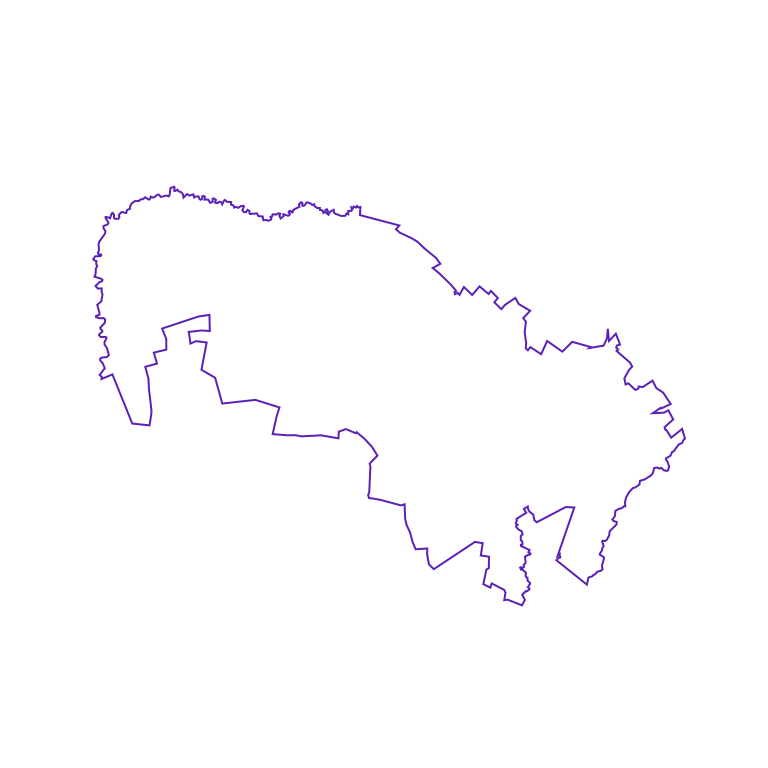 Dr Ruth Segomotsi Mompati, North West, South Africa (Mercator projection), rotated 339°
{"feature_id": "47623444B1265322146951", "entity_name": "Dr Ruth Segomotsi Mompati", "entity_type": "district", "adm_level": 2, "iso_a3": "ZAF", "parent_name": "South Africa", "parent_adm1": "North West", "projection": "mercator", "projection_center": [24.344, -26.693], "detail": "fine", "context": "isolated", "style": "outline", "palette": "violet", "viewbox_px": 768, "rotation_deg": 339, "n_neighbors": 0, "source": "geoboundaries", "source_scale": "gbopen_adm2", "svg_char_len": 6166}
<svg xmlns="http://www.w3.org/2000/svg" viewBox="0 0 768 768"><g transform="rotate(339 384 384)"><path d="M618.5,431.8L618.5,420.1L609.5,424.5L612.7,412.7L608.5,421.4L602.7,426.9L588.7,424.0L590.2,423.5L574.8,412.1L562.1,417.7L551.7,402.3L541.4,412.5L533.9,402.0L530.4,404.1L529.2,401.4L531.4,396.8L533.8,386.2L538.8,376.7L537.6,372.4L546.7,368.0L538.5,357.7L537.4,350.7L525.3,353.5L520.4,356.2L516.3,347.3L521.1,344.5L517.1,335.4L513.9,337.5L508.2,327.1L498.2,332.5L493.4,322.1L486.4,327.8L485.5,325.3L482.4,325.6L482.8,323.4L484.7,322.9L482.1,315.4L475.1,300.2L471.0,293.2L479.7,292.0L477.6,284.6L470.8,272.8L466.1,263.0L462.2,258.0L453.0,248.4L450.6,243.9L455.1,241.5L422.1,217.7L425.4,210.3L423.2,209.9L422.6,208.2L421.2,209.2L419.3,207.5L418.2,208.7L416.9,207.4L416.3,210.3L415.3,210.6L412.6,209.7L411.5,212.7L410.2,211.3L408.3,213.1L404.3,211.8L399.1,207.1L398.8,205.8L399.4,203.3L395.2,203.9L392.8,206.1L391.6,203.9L393.6,202.5L393.2,200.3L391.6,200.7L390.2,202.5L388.7,202.6L388.7,199.8L386.5,198.5L387.2,196.7L384.7,195.8L383.1,193.3L383.1,191.1L381.2,191.2L380.0,189.0L377.4,186.8L376.2,187.0L374.0,188.8L372.1,188.6L371.7,187.8L372.7,185.9L371.7,184.6L369.0,185.7L368.7,188.2L363.1,188.7L361.2,189.5L360.1,191.0L359.3,190.6L358.7,188.7L357.1,188.8L356.5,189.5L357.0,191.9L355.6,192.6L354.5,192.4L350.9,189.4L350.3,191.3L346.9,192.5L346.5,189.4L348.0,188.4L348.0,187.6L346.6,186.8L343.4,187.1L341.6,185.8L340.5,185.9L339.7,187.4L338.0,187.3L338.2,189.2L337.2,190.1L334.4,190.1L332.7,188.5L330.4,188.1L330.0,187.2L330.8,184.2L326.9,182.2L326.4,179.1L319.8,177.3L319.6,176.2L320.4,174.4L319.1,172.5L316.7,174.2L314.7,173.2L314.1,171.0L316.8,168.1L316.8,167.4L314.4,166.6L311.0,167.3L309.5,165.7L307.3,165.6L307.4,163.2L305.4,161.7L306.5,159.4L302.5,157.5L301.7,155.3L300.6,155.3L297.4,158.2L297.3,156.2L296.4,155.2L295.3,154.8L293.6,155.5L291.5,154.5L291.7,153.3L293.1,151.9L291.8,149.8L290.3,149.7L289.4,152.5L286.7,152.6L286.0,148.9L282.5,147.5L283.9,145.1L283.2,144.0L281.7,143.6L280.4,146.0L278.9,146.3L278.1,145.4L278.1,142.5L275.3,141.5L273.6,141.8L274.0,138.7L269.8,138.3L268.2,136.1L263.6,138.1L264.3,134.6L263.3,132.1L261.5,130.7L260.7,128.5L258.5,129.0L257.4,128.4L259.0,125.2L258.7,124.6L254.8,124.6L251.7,130.5L250.2,131.7L248.5,130.1L242.7,129.4L241.7,126.6L240.6,126.1L235.5,127.4L233.4,125.5L232.2,127.2L230.7,127.7L227.9,124.1L225.0,125.1L223.0,124.4L220.8,125.3L217.1,124.0L213.1,125.0L210.8,127.0L209.5,129.5L206.7,129.4L204.5,132.0L201.0,129.5L200.0,129.6L196.9,131.3L196.8,133.3L195.3,134.6L192.2,133.5L191.4,132.2L192.6,129.4L192.0,127.0L190.9,127.2L187.6,131.1L185.3,128.9L183.9,128.4L183.5,129.6L184.6,134.1L184.3,135.3L183.0,136.0L178.9,136.0L178.0,137.4L178.6,141.6L177.6,143.5L169.2,149.1L167.7,151.0L165.9,156.9L163.8,159.3L164.2,160.9L166.2,161.6L166.2,162.6L165.1,163.0L160.2,161.3L157.3,163.2L157.6,164.4L159.6,166.3L158.3,168.8L158.5,171.1L156.3,173.1L154.1,178.1L152.1,180.0L157.5,184.2L158.5,185.9L157.6,187.0L154.8,186.9L149.8,189.1L151.1,192.4L154.7,193.6L153.3,197.2L153.3,199.6L149.7,205.5L144.7,207.3L143.8,216.0L143.1,217.4L139.7,217.2L139.1,218.3L141.8,220.6L146.0,222.1L146.8,223.9L145.2,226.9L139.3,229.7L139.1,230.8L140.1,233.3L139.6,234.3L136.2,235.4L135.4,236.4L136.4,238.7L140.7,240.1L141.5,240.9L141.3,241.8L138.1,244.7L137.3,246.7L138.2,251.4L137.5,258.5L134.8,259.5L129.9,258.2L128.3,258.4L127.5,260.4L128.8,263.7L129.0,269.2L121.8,273.6L123.1,276.4L122.1,278.1L133.9,277.7L134.8,330.7L150.3,338.6L156.6,327.5L157.7,324.3L163.0,303.6L166.0,294.7L167.3,282.4L179.4,283.6L180.3,272.2L193.1,273.9L196.9,263.8L196.7,252.7L234.9,254.5L245.8,256.9L240.4,272.1L232.7,268.6L220.4,265.4L217.8,276.9L223.7,276.6L233.3,281.7L218.7,305.3L228.6,317.7L226.0,344.3L258.2,352.7L278.0,368.4L272.0,376.0L262.1,390.9L275.5,397.3L283.1,400.1L288.2,403.3L306.9,409.4L322.0,418.4L324.7,412.3L332.4,412.5L340.0,419.9L341.2,419.2L346.2,428.2L350.3,438.5L352.2,448.5L342.1,453.2L341.7,456.3L332.2,478.0L331.3,480.0L329.4,481.9L329.1,485.0L338.3,490.3L356.5,503.5L360.1,503.6L355.4,517.6L354.6,523.7L355.1,532.1L354.1,541.4L354.3,549.6L365.4,553.1L363.2,558.5L361.3,568.4L364.2,574.7L412.3,564.0L419.1,568.0L412.9,578.8L420.1,582.8L415.9,593.5L413.1,593.9L405.0,606.5L410.3,612.2L413.1,608.8L422.5,619.4L422.6,622.4L418.8,628.9L422.2,629.7L433.5,640.1L438.2,636.0L437.5,630.2L442.3,628.2L442.8,628.8L445.6,628.1L446.5,627.2L445.5,625.2L448.8,622.9L449.0,622.0L447.6,619.1L448.5,616.2L447.8,615.8L447.4,614.0L448.9,611.0L447.0,607.4L445.3,606.1L445.3,604.2L446.1,604.1L447.3,605.4L449.1,605.0L449.5,602.9L451.6,602.2L452.3,601.1L453.7,595.7L457.5,595.1L459.0,595.7L460.0,594.8L458.6,592.7L460.4,591.2L453.8,584.3L454.3,583.2L455.5,583.5L456.1,582.8L456.6,580.4L455.7,578.9L457.3,574.8L459.5,574.1L459.8,570.9L457.5,568.1L456.1,564.9L456.4,564.0L458.2,563.5L457.0,561.3L459.2,559.0L459.3,557.4L470.7,555.2L469.8,550.8L474.3,549.9L473.7,552.4L474.0,555.1L476.5,559.4L475.6,565.1L477.1,567.8L509.6,564.0L517.4,567.5L484.6,606.6L487.0,606.0L486.2,607.5L486.7,608.4L486.3,609.2L484.4,608.9L481.8,610.3L501.5,644.0L505.5,637.9L509.5,638.2L511.2,637.2L512.9,637.4L515.8,635.7L519.3,636.1L521.6,635.4L522.2,632.0L527.2,625.2L526.4,623.2L524.4,620.9L524.4,620.1L527.8,617.5L528.8,615.7L531.0,613.9L531.2,609.5L532.0,608.8L534.2,609.8L535.9,609.5L539.9,606.1L541.9,602.4L550.8,598.4L551.8,596.2L549.2,594.1L548.6,592.4L552.2,590.1L554.6,585.3L558.9,584.7L561.1,585.2L564.1,584.2L565.3,584.7L566.6,580.8L569.2,576.9L574.1,572.8L579.0,570.4L581.6,570.6L586.4,569.5L588.3,566.1L593.5,566.5L600.5,565.0L603.2,563.4L606.2,559.2L609.5,560.1L610.8,561.8L612.8,561.6L614.5,565.0L617.2,566.6L618.3,566.4L620.6,563.3L620.8,558.1L620.1,555.5L620.6,554.5L625.7,553.6L628.7,550.7L630.2,550.7L637.4,546.1L641.2,545.9L642.9,544.0L645.4,542.8L646.2,532.8L632.9,537.0L631.1,528.0L630.4,527.7L630.4,524.9L641.3,520.7L640.0,510.4L635.2,511.1L624.5,507.6L633.9,505.4L634.1,506.2L644.5,505.4L641.5,492.0L636.8,485.5L635.9,477.1L624.4,479.6L620.9,477.6L619.9,479.4L616.5,479.6L612.4,470.9L609.4,471.0L610.4,464.9L617.8,458.7L622.0,456.6L621.3,452.1L613.0,436.5L615.0,435.8L613.8,433.3L615.3,431.5L618.5,431.8Z" fill="none" stroke="#5b21b6" stroke-width="2"/></g></svg>